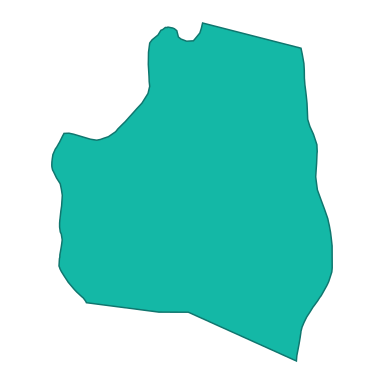 La Haut, Laborie, Saint Lucia (Mercator projection)
{"feature_id": "8701671B91946398565623", "entity_name": "La Haut", "entity_type": "district", "adm_level": 2, "iso_a3": "LCA", "parent_name": "Saint Lucia", "parent_adm1": "Laborie", "projection": "mercator", "projection_center": [-61.001, 13.792], "detail": "fine", "context": "isolated", "style": "filled", "palette": "teal", "viewbox_px": 384, "rotation_deg": 0, "n_neighbors": 0, "source": "geoboundaries", "source_scale": "gbopen_adm2", "svg_char_len": 2239}
<svg xmlns="http://www.w3.org/2000/svg" viewBox="0 0 384 384"><path d="M167.9,27.1L167.5,27.5L165.3,27.5L162.8,29.5L161.6,30.0L160.9,30.3L158.0,35.0L152.1,39.8L150.3,42.2L149.7,43.1L149.6,43.9L148.5,52.3L148.4,59.5L148.3,64.3L149.0,76.1L149.2,81.6L149.7,86.4L149.2,88.4L148.0,93.5L141.9,103.2L136.8,108.7L133.7,112.2L129.1,117.3L125.2,121.7L122.9,123.9L117.9,128.9L116.0,131.3L115.4,131.9L108.4,136.7L103.3,138.4L100.3,139.5L99.7,139.6L96.7,140.2L90.4,139.2L73.6,134.2L69.0,133.2L64.0,133.4L63.7,134.0L62.6,136.0L60.2,140.9L59.3,142.7L59.0,143.1L58.7,143.6L58.4,144.1L58.1,144.7L56.6,147.3L56.2,147.8L55.3,149.1L52.9,154.6L52.4,157.9L52.3,158.5L51.9,162.1L51.8,164.7L51.8,165.2L51.9,166.9L52.4,169.3L52.7,170.2L53.5,171.6L55.3,175.4L56.5,177.9L60.2,183.7L60.5,185.1L61.4,189.4L62.3,195.3L62.1,198.5L61.6,206.0L60.9,210.7L60.0,219.0L59.9,219.5L59.6,223.0L59.6,224.9L59.6,227.1L60.3,232.0L61.3,234.1L62.2,239.9L61.8,243.1L61.3,246.6L60.4,251.9L59.9,254.7L59.8,257.2L59.4,258.8L59.4,259.1L59.2,262.6L59.0,266.0L59.7,267.8L60.0,268.8L61.4,271.6L63.9,275.6L65.0,277.3L67.7,281.4L68.1,282.1L74.0,289.1L74.9,290.1L76.9,292.2L77.8,293.0L80.6,295.6L82.7,297.5L83.0,297.6L85.1,300.4L85.5,301.0L85.8,301.4L86.4,302.7L109.5,305.7L158.8,312.1L181.4,312.2L188.3,312.2L296.4,361.0L296.8,356.1L296.8,355.8L298.0,349.6L299.1,343.8L299.3,342.4L299.4,342.0L300.1,337.8L300.9,332.3L300.9,331.7L302.1,327.0L302.8,325.4L304.0,322.5L306.7,317.0L310.1,311.8L313.0,307.1L314.4,305.3L317.6,300.9L319.2,298.4L319.7,297.6L321.1,295.8L322.3,293.7L326.6,286.0L327.6,284.0L328.7,281.6L330.2,277.0L331.8,272.0L332.1,269.1L332.2,267.6L332.1,245.9L331.3,238.6L330.5,232.1L329.9,228.9L329.3,225.5L328.5,222.1L327.8,218.7L324.5,209.2L321.0,199.8L317.4,189.9L316.1,180.1L315.7,176.8L315.9,173.8L316.1,170.5L316.6,163.4L317.0,153.8L317.2,151.6L317.2,151.1L317.1,149.5L316.9,144.7L313.5,134.4L313.1,133.5L309.9,126.5L309.0,123.6L307.7,119.4L307.4,111.9L307.0,103.2L306.3,96.2L305.7,91.0L304.9,84.8L304.5,79.4L304.4,78.4L304.3,70.5L303.9,63.5L302.3,54.4L301.0,48.2L202.6,23.0L202.1,25.0L201.4,28.1L199.9,32.9L197.1,36.4L193.4,40.8L186.6,41.2L180.9,39.0L178.4,37.0L177.2,32.3L176.8,30.7L174.5,28.8L172.7,28.0L167.9,27.1Z" fill="#14b8a6" stroke="#0f766e" stroke-width="1.5"/></svg>